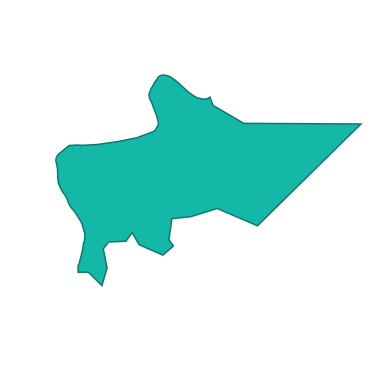 the district of Hancock, Kentucky, United States of America, rotated 288°
{"feature_id": "52423323B75226033138099", "entity_name": "Hancock", "entity_type": "district", "adm_level": 2, "iso_a3": "USA", "parent_name": "United States of America", "parent_adm1": "Kentucky", "projection": "mercator", "projection_center": [-86.797, 37.827], "detail": "fine", "context": "isolated", "style": "filled", "palette": "teal", "viewbox_px": 384, "rotation_deg": 288, "n_neighbors": 0, "source": "geoboundaries", "source_scale": "gbopen_adm2", "svg_char_len": 1032}
<svg xmlns="http://www.w3.org/2000/svg" viewBox="0 0 384 384"><g transform="rotate(288 192 192)"><path d="M287.8,179.7L285.9,178.4L283.7,173.9L283.2,168.0L284.0,163.3L285.8,157.9L292.0,144.4L294.5,137.3L295.0,134.5L294.9,131.2L294.1,127.8L293.0,126.1L291.1,124.5L284.2,122.5L276.4,121.0L271.4,120.9L268.1,122.5L264.3,126.2L254.1,134.4L248.8,137.9L247.3,138.7L244.9,139.1L239.0,137.7L236.9,135.9L226.5,122.6L217.5,106.7L207.9,87.2L202.7,73.9L201.1,68.0L198.3,60.8L188.1,54.2L185.6,52.9L185.3,52.8L182.2,52.3L180.0,52.7L172.6,56.9L163.7,60.0L159.2,62.2L154.6,66.1L152.2,68.7L150.0,71.9L146.5,75.6L143.0,78.2L140.6,80.8L136.1,87.7L129.5,95.6L126.4,98.1L118.6,103.3L113.2,104.7L109.6,104.7L102.4,105.9L89.5,106.8L86.8,106.4L80.5,108.5L83.7,118.2L75.1,135.3L93.5,134.7L110.5,125.2L118.7,128.2L124.8,144.4L134.9,147.6L125.5,158.0L123.0,183.8L134.9,191.0L139.6,184.8L160.5,181.1L167.9,198.1L184.1,221.0L180.1,264.7L298.3,326.1L308.9,331.7L273.3,220.0L280.9,185.2L287.8,179.7Z" fill="#14b8a6" stroke="#0f766e" stroke-width="1.5"/></g></svg>